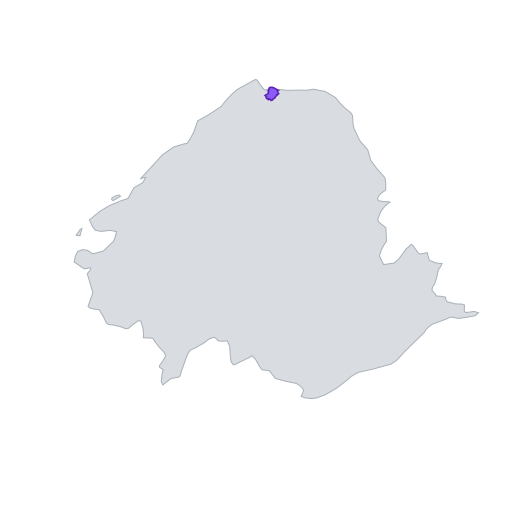 Paoy Paet, Bântéay Méanchey, Cambodia (highlighted), rotated 63°
{"feature_id": "14789045B48513904069909", "entity_name": "Paoy Paet", "entity_type": "district", "adm_level": 2, "iso_a3": "KHM", "parent_name": "Cambodia", "parent_adm1": "Bântéay Méanchey", "projection": "equal_earth", "projection_center": [102.631, 13.649], "detail": "fine", "context": "in_parent", "style": "filled", "palette": "violet", "viewbox_px": 512, "rotation_deg": 63, "n_neighbors": 0, "source": "geoboundaries", "source_scale": "gbopen_adm2", "svg_char_len": 4742}
<svg xmlns="http://www.w3.org/2000/svg" viewBox="0 0 512 512"><g transform="rotate(63 256 256)"><path d="M407.7,83.5L408.7,87.9L406.2,96.2L403.6,103.8L398.7,110.4L398.5,115.3L396.9,129.8L397.6,134.4L398.8,138.3L400.4,140.5L404.8,154.7L408.9,167.6L412.9,178.3L413.6,185.0L410.1,202.0L406.1,217.7L406.5,225.5L408.3,233.3L410.3,243.7L411.1,257.1L410.1,265.8L408.3,271.2L404.7,276.7L401.6,279.6L397.8,274.8L394.8,274.6L390.7,276.1L387.6,278.2L381.1,286.4L374.0,294.3L364.1,296.3L360.3,302.2L356.1,303.0L348.3,303.3L343.2,304.7L343.4,307.6L343.1,321.6L343.2,324.8L342.4,325.7L338.8,326.1L332.8,324.0L324.6,320.5L318.8,320.0L315.9,326.1L314.1,328.4L311.9,328.8L309.6,329.9L308.9,332.6L308.7,336.0L309.8,341.8L310.3,351.0L310.0,357.3L312.2,361.3L324.7,374.7L328.4,378.1L328.8,380.1L326.6,387.3L328.6,397.6L324.7,397.4L318.2,393.0L315.1,390.3L311.3,392.5L310.0,392.0L307.4,387.0L304.1,381.9L300.6,381.5L293.4,383.6L286.0,385.0L283.2,385.0L282.0,385.9L277.7,393.5L275.9,392.2L268.4,389.3L261.6,388.2L260.2,390.2L261.1,396.4L262.6,402.5L261.7,405.1L258.0,408.3L253.0,414.1L250.0,418.6L247.9,419.7L240.4,419.5L232.8,420.1L229.8,424.3L227.0,427.6L224.6,428.5L214.7,418.0L195.2,414.4L193.1,409.8L191.2,408.9L189.5,414.9L178.8,420.7L174.3,417.2L171.0,412.9L171.5,407.8L174.5,403.5L179.9,400.5L182.3,389.9L178.2,376.3L174.7,372.4L170.9,369.2L167.0,374.3L163.7,382.9L160.2,387.4L155.4,388.4L148.2,388.0L145.4,375.1L144.5,364.0L145.5,351.4L146.6,343.9L139.7,333.6L139.3,323.8L136.0,318.7L135.0,321.3L135.1,324.1L134.1,322.1L123.3,293.3L121.5,279.9L123.3,269.7L124.4,266.2L121.3,260.8L116.9,254.7L109.1,246.6L108.6,233.9L106.9,218.9L104.5,213.9L101.0,204.6L99.1,197.0L98.4,176.8L99.4,175.2L104.9,174.6L111.9,173.1L113.1,169.9L111.8,167.2L116.3,162.6L122.8,152.6L127.8,142.1L131.4,135.5L133.5,129.0L140.8,119.7L150.8,113.3L157.6,111.8L164.7,109.6L171.4,106.5L174.7,106.2L183.1,109.9L187.6,110.9L192.4,110.9L197.4,111.2L201.7,110.9L212.0,108.2L222.9,110.3L232.7,108.7L244.8,105.6L250.7,107.6L256.2,110.6L256.9,116.7L258.2,119.5L260.0,121.7L262.4,121.7L265.5,117.4L268.0,113.0L268.9,112.2L269.0,114.4L270.3,119.1L272.6,123.8L275.0,127.0L278.9,131.1L281.4,131.3L289.7,127.4L302.1,133.1L303.6,136.0L307.6,141.8L312.0,146.0L321.6,146.2L325.0,136.0L323.3,129.7L317.8,118.9L316.2,112.4L318.0,111.3L327.3,110.1L328.8,108.8L330.8,101.8L333.4,102.6L338.6,103.5L344.0,98.7L347.2,93.6L349.0,95.9L351.0,99.5L353.1,101.5L357.0,104.6L361.4,108.9L364.1,113.1L366.3,114.7L371.8,113.5L373.3,113.7L376.5,108.6L378.8,105.8L380.7,106.6L383.5,106.5L389.2,100.0L392.5,94.1L394.3,92.5L399.5,95.4L401.6,94.8L404.5,86.7L407.7,83.5ZM141.8,358.1L140.7,358.8L139.7,358.8L138.7,357.6L138.8,353.0L139.5,350.2L141.3,349.6L141.8,358.1ZM158.1,403.7L155.9,406.9L152.4,400.4L152.5,398.6L158.1,403.7Z" fill="#d9dde1" stroke="#a8b0b8" stroke-width="1"/><path d="M118.5,160.9L118.4,161.0L117.2,161.8L115.1,163.3L114.9,163.3L114.6,163.4L114.5,163.5L114.4,163.6L114.2,163.8L113.9,164.0L113.7,164.3L113.8,164.3L113.8,164.5L113.7,164.5L113.4,164.6L113.2,164.8L113.1,165.0L112.9,165.2L112.9,165.3L112.8,165.5L112.7,165.7L112.7,165.8L112.6,166.0L112.5,166.3L112.4,166.4L112.4,166.5L112.2,166.7L112.2,166.8L112.2,167.0L112.0,167.3L112.1,167.2L112.1,167.3L112.3,167.4L112.3,167.5L112.4,167.8L112.5,167.8L112.6,168.0L112.6,167.9L112.6,168.0L112.8,168.0L113.0,168.2L113.0,168.3L113.3,168.4L113.3,168.5L113.4,168.8L113.4,169.0L113.5,169.1L113.5,169.3L113.6,169.5L113.8,169.6L114.0,169.7L114.3,169.7L114.4,169.8L114.5,169.8L114.5,170.0L114.6,169.9L114.8,169.9L114.8,170.0L115.0,170.1L115.2,170.3L115.3,170.4L115.4,170.5L115.5,170.6L115.8,170.7L115.9,170.8L116.0,170.9L116.3,170.9L116.4,171.0L116.5,171.1L116.6,171.3L116.7,171.5L116.8,171.5L117.0,175.1L117.3,175.0L117.3,174.9L117.5,174.8L117.8,174.8L118.0,174.7L118.3,174.7L118.6,174.6L118.8,174.4L118.9,174.5L118.9,174.8L119.0,174.9L119.1,175.0L119.3,175.0L119.5,175.0L119.8,175.0L120.0,175.0L120.0,174.9L120.0,175.0L120.3,175.1L120.5,175.0L120.5,174.9L120.7,174.7L120.8,174.7L121.0,174.7L121.2,174.4L121.3,174.2L121.5,174.1L121.5,173.9L121.6,174.0L121.8,174.1L122.0,174.1L122.1,174.3L122.0,174.5L122.2,174.3L122.3,174.2L122.4,173.9L122.5,173.7L122.4,173.4L122.3,173.2L122.3,172.9L122.5,172.7L122.6,172.4L122.8,172.3L122.8,172.1L123.0,172.0L123.4,172.0L123.6,172.0L123.8,172.0L124.3,172.0L124.3,171.7L124.4,171.3L124.4,171.1L124.4,170.8L124.5,170.7L124.5,170.4L124.4,170.3L124.4,170.2L124.2,169.9L123.9,169.7L123.8,168.0L123.8,167.9L123.8,167.7L123.7,167.3L123.7,167.2L123.5,166.9L123.3,166.8L123.2,166.6L122.9,166.5L122.8,166.4L122.7,166.3L122.7,166.2L122.6,165.9L122.6,165.6L122.6,165.4L122.6,165.1L122.6,164.9L122.5,164.7L122.4,164.4L122.4,164.2L121.8,164.2L121.8,162.1L118.5,162.1L118.5,160.9Z" fill="#8b5cf6" stroke="#5b21b6" stroke-width="1.5"/></g></svg>